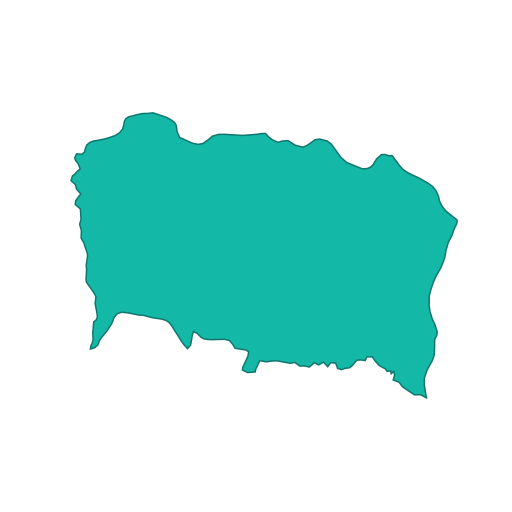 Gouvelândia, Goiás, Brazil, rotated 284°
{"feature_id": "56859067B54351954418450", "entity_name": "Gouvelândia", "entity_type": "district", "adm_level": 2, "iso_a3": "BRA", "parent_name": "Brazil", "parent_adm1": "Goiás", "projection": "natural_earth1", "projection_center": [-50.175, -18.504], "detail": "fine", "context": "isolated", "style": "filled", "palette": "teal", "viewbox_px": 512, "rotation_deg": 284, "n_neighbors": 0, "source": "geoboundaries", "source_scale": "gbopen_adm2", "svg_char_len": 2888}
<svg xmlns="http://www.w3.org/2000/svg" viewBox="0 0 512 512"><g transform="rotate(284 256 256)"><path d="M386.3,363.9L385.4,360.6L385.7,356.8L384.8,353.2L379.4,349.5L372.9,347.5L370.0,345.7L368.0,343.2L366.3,338.3L368.6,321.5L372.3,314.4L382.8,302.0L384.8,297.3L384.9,289.7L383.2,285.3L375.4,278.6L372.9,275.1L373.0,267.1L375.7,259.3L373.8,253.4L371.6,249.9L372.7,243.8L374.7,239.3L377.2,235.5L376.0,231.3L374.5,228.0L369.7,213.7L366.6,196.7L365.1,190.6L361.7,184.7L358.5,182.5L352.4,177.4L350.3,172.9L350.1,166.8L352.6,153.1L357.3,149.5L363.5,147.0L365.9,144.5L367.7,140.2L368.9,135.2L370.0,121.4L368.3,116.9L366.7,111.2L363.8,105.3L362.0,102.3L360.6,99.2L357.9,96.5L354.7,95.7L351.4,96.0L346.8,95.8L342.6,93.8L339.1,90.6L335.9,85.8L333.6,82.0L331.9,78.7L329.9,74.5L328.2,70.4L326.1,67.4L322.9,65.0L319.7,64.5L315.1,64.4L312.6,62.3L311.7,57.2L307.5,56.3L304.9,57.9L302.7,61.0L297.9,64.4L294.2,61.6L291.7,60.5L289.3,58.5L284.3,58.3L281.5,63.6L277.5,65.7L273.9,70.9L266.2,67.7L262.3,68.1L259.2,74.2L249.1,77.4L244.1,77.2L238.5,80.4L231.0,82.0L227.3,85.6L217.6,91.8L215.1,92.6L205.7,93.5L201.9,94.9L191.8,96.8L189.3,98.1L181.5,107.2L177.9,110.5L171.0,111.4L162.1,115.5L158.3,116.9L155.3,116.4L152.9,114.5L147.1,115.4L141.9,116.2L135.4,118.2L132.4,118.2L129.0,117.6L125.7,117.8L127.9,121.6L131.5,124.1L136.1,124.6L139.6,125.8L142.1,127.1L147.5,129.6L155.2,132.3L158.0,132.7L162.5,133.3L166.7,135.5L169.0,139.5L169.9,146.0L170.3,156.2L171.2,160.7L171.1,165.7L171.1,171.1L172.0,179.9L171.6,184.7L170.4,187.8L168.3,190.6L165.5,193.6L163.3,195.8L159.4,200.0L155.0,204.5L152.0,208.2L149.6,212.0L153.6,214.1L157.9,213.9L162.5,213.4L167.5,213.5L166.8,217.5L164.0,222.1L163.0,225.4L163.3,229.0L164.0,232.9L165.5,238.3L167.6,245.6L167.5,250.9L164.5,254.9L161.4,258.1L162.4,269.3L161.1,272.1L156.7,272.4L151.5,271.4L144.9,270.1L142.1,270.4L140.9,276.0L143.3,283.3L146.1,283.1L149.3,283.8L155.3,285.0L155.9,292.0L157.8,296.3L159.4,302.0L160.2,315.2L162.1,319.4L159.8,325.1L161.2,330.3L161.1,334.5L166.6,338.5L165.5,343.2L169.4,347.2L165.9,352.4L170.5,354.2L171.4,359.2L166.7,362.4L166.4,366.4L168.5,369.6L170.2,373.8L172.8,375.9L179.2,379.0L180.5,382.7L181.0,387.2L185.2,388.2L186.2,393.4L182.9,397.1L179.5,402.1L177.8,408.8L175.8,411.2L177.1,414.3L174.5,415.7L177.4,417.6L174.0,419.3L168.9,419.1L168.1,425.4L164.5,429.8L159.6,443.3L161.2,449.1L159.6,455.7L171.4,450.6L178.2,448.9L186.9,449.6L196.3,452.2L201.7,452.9L204.4,452.7L209.1,451.7L218.2,449.6L222.9,450.6L226.4,450.1L232.5,446.3L238.0,442.0L244.1,438.3L250.1,435.9L258.8,433.8L265.1,433.8L273.1,434.4L278.8,435.3L289.0,438.1L295.9,439.2L300.6,439.5L307.4,439.0L315.6,439.3L324.3,441.4L328.3,441.4L336.2,443.0L339.6,442.4L342.8,435.3L345.5,429.6L349.0,424.8L353.7,420.8L358.3,418.5L363.0,414.7L366.1,410.7L368.2,405.5L370.9,396.2L373.2,384.4L375.5,377.6L378.5,373.3L386.3,363.9Z" fill="#14b8a6" stroke="#0f766e" stroke-width="1.5"/></g></svg>